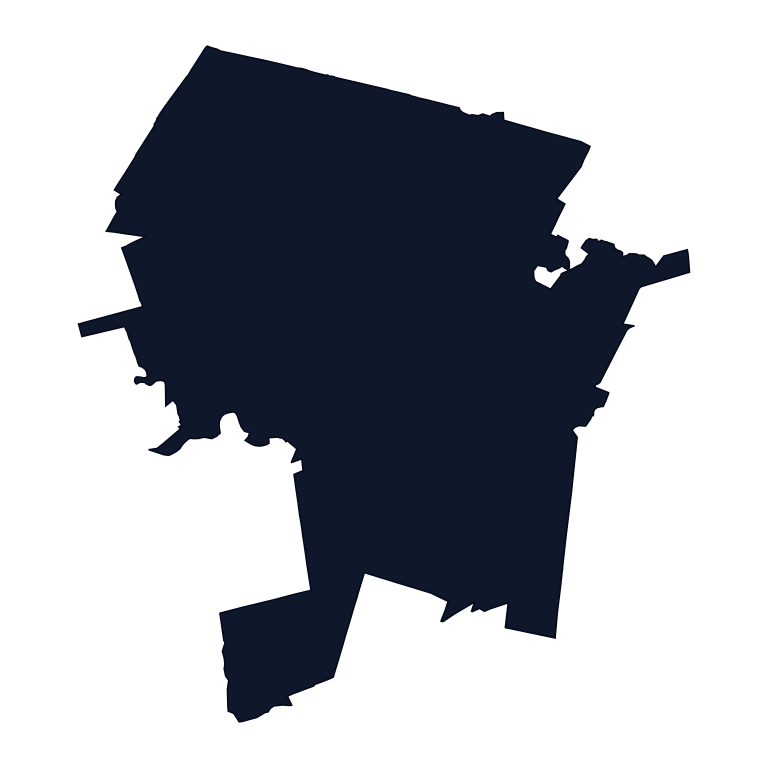 outline of Arad, Arad, Romania
{"feature_id": "2599482B53905982235691", "entity_name": "Arad", "entity_type": "district", "adm_level": 2, "iso_a3": "ROU", "parent_name": "Romania", "parent_adm1": "Arad", "projection": "orthographic", "projection_center": [21.276, 46.161], "detail": "fine", "context": "isolated", "style": "filled", "palette": "ink", "viewbox_px": 768, "rotation_deg": 0, "n_neighbors": 0, "source": "geoboundaries", "source_scale": "gbopen_adm2", "svg_char_len": 6096}
<svg xmlns="http://www.w3.org/2000/svg" viewBox="0 0 768 768"><path d="M291.7,705.1L287.4,696.2L293.0,693.7L305.2,689.1L311.0,687.0L314.0,685.8L314.3,684.6L323.5,681.2L327.7,679.6L333.3,677.1L335.2,670.5L338.7,658.9L340.6,652.4L342.5,646.0L344.4,639.4L346.3,632.9L348.9,624.3L351.2,616.5L352.7,611.3L353.9,607.2L356.1,600.1L357.6,595.4L357.6,594.9L359.1,589.9L360.9,583.9L364.4,572.6L372.7,575.2L380.8,577.7L397.5,582.9L397.7,583.0L400.3,583.7L430.8,593.0L448.4,601.5L447.4,603.5L445.1,610.7L442.7,616.6L441.0,621.2L442.6,621.6L443.5,621.3L454.5,613.9L474.5,602.1L471.5,611.3L472.1,611.7L479.5,608.4L484.4,611.3L489.9,608.9L508.2,602.8L505.3,627.6L555.2,638.0L555.3,635.2L557.2,614.3L557.8,608.9L559.8,592.6L560.5,587.0L562.5,568.9L563.0,563.4L566.1,535.7L571.3,493.5L577.2,437.3L572.1,430.0L572.8,429.3L574.4,427.8L575.3,427.0L579.1,425.6L585.6,426.1L590.1,419.7L592.3,415.3L593.4,415.5L593.6,411.5L593.8,411.1L595.1,408.8L596.1,408.3L597.0,407.6L600.3,406.8L601.1,406.6L603.2,406.5L603.5,406.1L604.8,402.8L605.2,402.0L605.9,401.1L605.9,400.8L605.9,400.3L606.4,399.2L608.5,393.9L608.7,392.7L595.1,387.3L595.5,384.7L597.5,384.1L599.9,382.5L615.5,351.9L626.6,330.6L627.1,330.0L628.2,328.8L630.2,327.4L632.5,326.5L633.1,326.3L634.4,325.9L622.6,324.1L624.1,321.3L639.0,288.6L640.7,286.9L644.7,285.6L689.5,272.2L688.2,254.9L687.3,249.7L663.7,256.1L655.7,267.1L653.0,262.3L651.8,260.4L648.6,258.2L646.7,257.2L644.1,255.2L639.0,255.2L636.8,254.2L633.8,253.7L631.3,253.9L629.3,253.7L627.7,255.1L623.3,256.6L622.7,256.2L622.4,255.5L622.6,254.2L622.6,253.2L622.4,252.5L620.4,251.0L617.6,250.3L614.9,248.2L614.3,246.8L613.8,244.5L612.7,244.0L606.4,241.8L604.7,241.6L601.4,240.3L600.2,240.8L599.4,241.4L598.7,241.7L597.9,241.6L597.1,239.8L596.7,239.4L596.1,239.4L594.3,239.4L592.4,239.6L590.1,238.7L589.2,238.7L588.7,238.9L586.0,240.8L585.0,242.3L582.1,246.4L581.4,247.9L589.4,254.0L586.5,256.7L585.5,258.9L584.5,260.4L583.2,262.3L581.8,263.9L578.4,265.6L577.8,265.8L572.6,268.7L561.4,273.7L560.7,275.9L555.4,282.8L550.6,289.2L535.3,281.5L533.8,277.3L533.6,272.9L533.5,270.9L537.1,265.8L537.7,265.4L546.1,267.0L547.0,267.4L547.3,268.8L548.1,270.5L551.0,271.8L554.8,269.7L560.0,267.6L560.6,266.8L561.0,266.5L561.9,266.3L562.9,266.5L564.0,267.4L565.1,268.3L566.9,269.2L568.2,269.7L568.8,269.5L569.0,269.2L569.1,268.2L569.4,266.3L569.3,265.5L569.3,263.7L569.4,262.1L568.8,260.1L567.9,258.2L567.5,257.9L565.3,255.6L564.8,254.6L564.6,250.6L566.2,248.3L566.4,247.6L568.1,241.6L567.9,240.7L557.8,235.4L556.9,237.3L550.2,234.3L555.2,224.0L558.1,217.6L564.9,204.0L556.6,198.8L581.1,166.6L583.9,159.4L588.6,150.2L590.0,146.5L581.1,141.8L547.5,132.7L517.6,124.2L503.7,120.2L503.3,112.6L502.0,112.6L496.8,112.7L492.6,114.3L489.6,116.6L488.5,115.8L485.9,115.1L484.0,114.4L482.4,114.1L479.2,115.3L479.2,115.9L473.1,114.9L471.1,114.9L471.2,115.7L469.5,115.4L462.9,112.7L460.2,110.4L459.2,107.9L448.9,105.4L430.1,100.6L426.6,99.7L420.7,98.5L409.5,95.4L409.6,95.0L389.4,90.3L388.3,89.8L365.2,84.4L335.0,77.4L334.6,76.9L331.4,76.1L329.4,76.3L328.5,75.4L326.8,74.9L326.6,75.5L324.9,75.1L314.7,72.6L307.1,70.4L307.0,70.0L301.7,68.5L299.8,68.3L298.2,68.3L286.6,65.5L267.7,61.1L220.0,50.9L219.2,50.3L217.6,49.4L212.7,48.0L209.9,47.2L207.6,46.1L205.9,47.1L203.6,50.6L191.3,69.9L188.2,75.1L186.4,77.1L169.0,100.9L164.7,106.7L159.1,115.0L159.1,115.5L156.8,118.7L156.7,120.1L156.3,121.0L154.2,124.4L154.4,125.9L135.6,155.3L135.6,156.3L126.5,170.9L121.6,178.5L118.7,183.0L115.4,188.3L114.4,189.9L121.5,194.3L117.5,197.2L115.7,201.0L115.6,204.2L115.9,208.0L117.4,211.8L114.6,216.3L108.6,227.2L106.3,231.2L110.9,231.7L113.3,231.9L121.7,233.2L142.7,236.2L145.0,237.0L138.8,239.8L133.7,242.1L128.9,244.6L126.4,246.1L121.8,247.9L125.8,258.8L135.3,285.6L138.1,294.2L140.1,300.7L141.1,302.4L141.8,303.6L142.5,306.7L78.5,324.0L81.9,336.6L124.7,326.5L125.9,329.9L126.3,329.9L126.8,331.3L127.4,331.8L127.4,332.9L129.4,339.3L130.0,339.9L131.5,343.9L131.5,344.5L134.8,354.1L135.6,355.6L137.3,360.4L137.3,361.3L138.5,364.5L139.2,365.9L139.9,366.3L141.5,366.8L142.0,366.9L145.5,369.7L145.8,370.5L146.2,370.7L146.9,373.6L147.0,374.7L147.3,375.5L146.8,376.7L146.1,377.2L145.8,377.6L143.4,377.9L140.8,377.2L138.3,377.0L137.0,376.8L136.0,377.1L134.7,379.0L134.7,381.5L135.1,382.5L136.3,384.0L136.9,383.9L138.6,382.9L140.4,382.1L141.8,382.1L143.2,382.3L144.8,382.5L145.3,382.7L145.8,383.6L148.7,385.0L149.7,385.3L150.4,385.3L151.2,385.0L152.1,384.4L155.5,381.4L156.2,380.9L158.6,380.6L160.0,380.3L161.9,380.6L163.5,381.1L164.6,381.7L164.9,382.2L165.5,385.2L165.8,405.9L172.9,400.1L176.8,404.9L178.2,414.1L179.5,416.2L179.8,418.5L181.0,420.0L179.4,421.6L181.9,425.4L178.7,426.7L180.3,429.0L163.2,443.6L157.1,448.4L148.6,449.7L164.1,454.8L169.0,455.3L172.8,453.5L176.3,451.5L179.7,448.8L182.2,445.1L183.9,443.0L188.0,439.4L189.8,438.3L193.5,438.6L198.3,438.5L204.2,437.2L211.9,438.6L216.5,436.3L220.2,433.1L219.1,426.4L219.3,421.5L221.1,417.4L223.1,415.0L225.5,413.7L228.9,412.6L233.1,411.9L235.6,412.9L237.5,416.1L239.5,422.5L241.4,427.2L244.5,431.3L248.1,432.3L249.7,432.5L248.0,437.3L245.1,440.4L250.9,443.9L252.4,444.6L255.3,445.6L257.2,445.9L259.5,446.0L260.2,446.0L262.1,445.8L266.7,444.6L269.0,443.2L268.7,437.7L277.9,437.1L279.6,437.8L281.4,438.0L282.3,438.2L282.9,438.6L284.7,440.1L285.3,440.8L285.5,441.3L285.8,441.7L286.0,441.7L286.4,441.6L287.4,441.0L287.9,441.1L288.1,441.2L288.6,441.7L289.8,443.0L291.6,444.4L296.9,448.9L291.4,462.1L291.6,462.5L301.7,458.9L302.0,461.0L302.9,469.3L303.1,470.8L301.7,471.2L294.0,474.4L295.9,488.2L297.0,495.8L297.9,501.7L299.7,515.6L300.8,521.5L301.9,528.9L302.9,536.5L303.4,539.6L305.5,553.8L306.7,562.8L307.4,567.4L308.6,574.9L310.1,584.6L311.0,590.2L310.2,590.5L294.4,594.3L286.3,596.4L277.1,598.9L273.5,599.8L263.3,602.3L247.1,606.2L242.1,607.4L219.9,613.2L220.0,613.9L223.9,640.7L225.1,642.6L222.4,651.4L224.2,658.1L224.9,663.7L224.2,669.0L225.7,676.2L228.7,680.2L227.4,689.5L227.9,706.7L228.2,711.1L233.8,713.4L239.2,721.9L242.9,721.3L257.1,717.3L265.1,712.5L267.9,712.0L270.3,708.4L273.9,705.9L282.6,705.0L289.7,705.5L291.0,705.3L291.7,705.1Z" fill="#0f172a" stroke="#020617" stroke-width="1.5"/></svg>